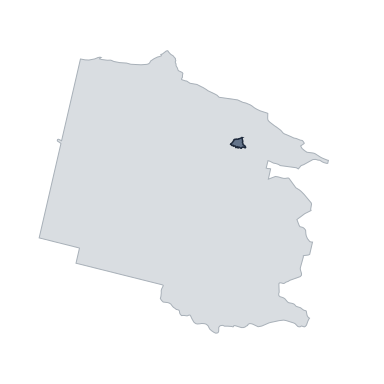 Sharg Sennar, Sennar, Sudan shown in context, rotated 283°
{"feature_id": "16777658B19062452623819", "entity_name": "Sharg Sennar", "entity_type": "district", "adm_level": 2, "iso_a3": "SDN", "parent_name": "Sudan", "parent_adm1": "Sennar", "projection": "equal_earth", "projection_center": [33.793, 13.743], "detail": "fine", "context": "in_parent", "style": "filled", "palette": "slate", "viewbox_px": 384, "rotation_deg": 283, "n_neighbors": 0, "source": "geoboundaries", "source_scale": "gbopen_adm2", "svg_char_len": 5094}
<svg xmlns="http://www.w3.org/2000/svg" viewBox="0 0 384 384"><g transform="rotate(283 192 192)"><path d="M253.5,317.8L250.5,317.8L250.2,316.9L250.3,314.3L250.6,312.4L251.7,309.3L251.4,307.6L251.6,305.2L250.8,302.5L243.7,294.6L242.3,292.4L238.4,290.4L239.1,288.2L237.6,272.0L238.3,270.2L238.6,267.4L238.5,264.9L239.5,260.8L239.6,259.0L232.0,258.9L231.9,260.7L232.3,262.7L232.2,263.4L221.7,263.5L225.9,269.8L226.1,272.6L225.9,276.0L225.9,278.3L226.2,279.7L227.3,282.5L227.2,283.1L226.9,283.7L219.5,292.2L218.2,296.1L217.2,298.1L215.0,301.6L208.2,310.6L207.1,311.2L201.8,311.5L201.3,311.8L200.9,312.2L200.7,312.1L196.3,306.8L188.8,300.4L183.8,303.7L182.5,304.9L182.4,308.0L181.7,309.6L180.3,311.3L176.7,312.4L174.8,313.3L172.5,315.0L170.2,317.9L170.1,319.4L170.3,320.7L157.7,320.7L156.8,319.6L155.0,314.8L153.7,315.1L142.2,314.6L140.6,315.1L137.3,317.0L135.6,317.4L133.9,316.5L127.9,307.1L126.6,305.9L125.2,303.7L124.0,302.7L123.5,302.0L123.4,301.0L123.5,298.9L123.0,297.6L122.1,297.3L113.9,299.5L112.8,299.3L111.0,299.7L110.5,300.0L109.8,301.3L109.6,303.9L109.4,305.1L108.8,306.6L106.4,309.8L105.9,311.1L106.0,314.7L105.8,316.4L105.4,317.3L104.4,318.6L104.0,319.4L103.6,323.9L102.3,326.6L102.0,327.6L101.9,329.5L101.7,330.1L98.0,331.7L96.6,332.7L95.7,334.2L95.5,334.9L93.9,334.3L91.9,333.9L88.1,333.5L86.6,332.7L85.8,331.7L86.1,328.9L85.7,328.4L85.1,327.9L84.7,326.7L84.8,325.3L86.9,322.1L87.3,320.4L87.9,312.5L87.8,310.1L86.2,305.7L82.6,298.0L81.8,296.5L77.2,290.3L76.7,289.3L75.6,286.7L76.9,280.9L77.0,279.3L76.7,277.6L75.6,276.4L74.5,276.2L73.2,274.7L72.3,274.0L71.5,272.6L71.0,270.7L71.5,263.9L71.2,262.9L70.1,262.7L69.8,262.2L69.9,260.9L69.3,257.0L68.6,253.8L69.0,252.0L68.1,249.6L66.2,248.5L62.5,249.3L61.4,249.2L60.6,248.8L60.1,247.9L59.8,246.8L60.1,245.2L61.2,242.3L62.5,240.0L65.2,237.8L65.9,236.6L66.4,235.4L66.5,233.9L66.3,232.3L66.0,230.9L65.3,229.1L64.6,226.9L64.6,225.4L65.0,224.3L65.7,223.0L68.4,220.5L71.1,218.4L71.6,217.7L71.4,216.8L70.2,215.1L69.9,211.8L69.2,209.5L70.6,207.7L71.6,207.1L73.2,206.5L73.9,205.8L74.1,204.4L74.0,203.1L74.6,202.1L75.4,200.0L76.0,199.0L78.1,196.5L78.6,194.9L78.8,193.4L78.3,188.7L79.5,186.7L81.1,185.1L83.2,185.2L86.6,184.8L88.9,184.2L90.5,184.2L94.3,185.1L94.7,184.7L94.9,183.5L96.5,95.0L111.9,95.0L112.1,94.8L112.9,53.4L209.1,53.4L209.9,53.3L211.4,49.4L212.1,49.1L213.0,49.3L213.4,50.2L212.6,53.4L296.5,53.4L296.7,58.1L297.4,61.9L299.8,67.3L301.9,70.2L302.6,71.8L302.7,72.5L302.6,73.2L302.0,72.4L300.9,71.9L300.8,74.4L301.3,79.6L302.2,83.3L301.6,86.6L301.8,92.4L302.9,99.2L302.7,103.6L304.5,113.8L306.3,119.5L307.2,120.9L308.3,121.7L310.3,122.2L313.4,125.1L315.8,128.1L316.6,129.7L317.8,131.5L318.6,131.2L319.0,130.7L319.8,132.1L323.6,135.2L324.2,136.6L322.9,138.0L321.3,140.4L320.6,142.6L320.2,143.4L318.9,144.8L318.7,145.4L318.2,145.9L317.6,145.9L316.3,146.7L315.2,146.4L314.0,146.8L313.6,147.4L312.6,147.8L311.4,148.1L309.4,150.0L307.7,150.9L307.1,151.7L306.3,155.4L305.6,156.4L303.1,156.5L301.8,156.9L300.1,156.4L299.3,156.5L299.1,157.3L298.8,160.5L298.9,161.9L297.5,165.6L297.9,172.6L296.6,177.7L296.4,178.9L295.0,183.1L294.3,184.6L292.6,192.3L291.9,194.7L290.4,197.1L292.0,215.7L290.8,221.4L290.8,224.5L290.0,229.1L289.3,231.2L288.1,233.7L287.2,236.6L286.4,240.4L285.8,247.5L285.6,248.2L281.0,249.1L279.6,249.6L278.6,250.4L277.5,252.2L275.2,257.2L274.0,260.3L272.1,264.6L269.9,267.6L269.4,269.0L269.0,271.7L268.2,276.0L267.5,279.1L267.6,281.5L266.9,285.8L267.0,287.9L266.2,289.0L265.2,290.1L264.5,290.4L261.3,287.5L259.1,289.5L257.7,292.3L256.6,295.0L257.2,301.0L257.2,302.2L256.9,303.7L254.8,309.5L254.2,312.1L253.5,316.7L253.5,317.8Z" fill="#d9dde1" stroke="#a8b0b8" stroke-width="1"/><path d="M256.3,228.6L254.8,226.5L254.7,226.4L254.6,226.2L254.4,225.9L254.3,225.5L254.3,225.4L254.2,225.3L254.1,225.2L253.9,225.2L253.7,224.8L253.7,224.6L253.7,224.3L253.6,224.0L253.6,223.9L253.6,223.7L253.4,223.4L253.5,223.3L253.4,223.1L253.3,222.7L253.2,222.6L253.0,222.4L252.9,222.2L252.9,221.9L252.9,221.7L252.7,221.5L252.5,221.4L252.3,221.3L252.2,221.1L251.7,221.2L251.3,220.9L251.2,220.9L251.1,221.0L250.0,220.5L248.8,219.9L248.1,219.5L247.8,219.0L247.5,219.0L247.4,219.0L247.1,218.9L247.0,219.1L246.9,219.8L246.7,220.1L246.4,220.2L246.3,220.4L246.4,220.9L246.6,221.3L246.7,221.6L246.7,221.9L246.6,222.1L246.3,222.1L246.1,222.1L246.0,222.4L246.2,222.7L246.3,222.9L246.4,223.1L246.4,223.3L246.4,223.5L246.4,223.9L246.4,224.0L246.2,224.3L246.0,224.5L245.9,224.5L245.7,224.4L245.4,224.5L245.2,224.6L245.2,224.9L245.3,225.0L245.5,225.4L245.8,225.6L246.0,225.7L246.1,225.8L246.3,226.0L246.1,226.4L245.9,226.4L245.7,226.4L245.4,226.6L245.3,226.8L245.3,227.1L245.5,227.2L245.6,227.3L246.0,227.3L246.3,227.5L246.3,227.9L246.3,228.0L246.2,228.4L246.1,228.5L246.0,228.8L245.9,228.9L245.8,229.0L245.7,229.4L245.7,229.7L245.7,230.0L245.8,230.3L246.3,230.4L246.5,230.5L246.9,231.0L247.1,231.4L247.3,231.7L247.3,231.9L247.0,233.8L247.1,234.0L247.4,234.2L247.8,234.1L248.1,233.8L248.8,233.2L249.7,231.0L250.1,230.9L250.9,230.6L251.9,229.9L252.8,230.1L253.6,229.7L256.1,228.5L256.3,228.5L256.3,228.6Z" fill="#64748b" stroke="#1e293b" stroke-width="1.5"/></g></svg>